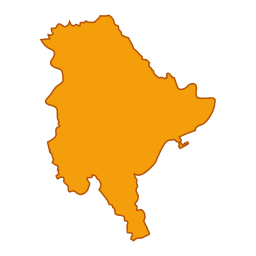 outline of Gia Vien, Ninh Bình, Vietnam
{"feature_id": "81297802B79786453625721", "entity_name": "Gia Vien", "entity_type": "district", "adm_level": 2, "iso_a3": "VNM", "parent_name": "Vietnam", "parent_adm1": "Ninh Bình", "projection": "albers", "projection_center": [105.858, 20.33], "detail": "fine", "context": "isolated", "style": "filled", "palette": "amber", "viewbox_px": 256, "rotation_deg": 0, "n_neighbors": 0, "source": "geoboundaries", "source_scale": "gbopen_adm2", "svg_char_len": 5673}
<svg xmlns="http://www.w3.org/2000/svg" viewBox="0 0 256 256"><path d="M109.3,15.5L108.1,15.4L106.1,16.0L100.0,15.9L99.6,16.9L98.1,18.9L96.2,20.5L95.4,21.4L94.7,21.7L94.6,22.2L91.5,22.5L90.5,22.2L88.0,22.2L86.6,21.3L85.3,21.1L84.8,22.3L84.4,22.5L82.3,22.6L80.7,22.5L80.3,22.9L80.0,25.1L79.8,25.5L79.6,25.8L79.1,25.8L76.5,24.5L75.9,24.6L73.7,25.9L72.7,25.6L71.8,25.2L71.2,24.7L70.7,23.9L69.6,21.6L69.1,23.4L68.3,24.7L66.4,26.3L65.6,26.6L64.3,26.6L63.3,26.2L60.3,24.2L59.8,24.0L58.7,24.0L58.4,24.2L57.7,24.8L57.3,25.3L56.3,27.3L55.4,28.1L54.5,28.3L52.1,28.2L51.5,28.5L51.3,29.1L51.7,30.9L53.0,33.7L52.2,34.7L51.1,35.3L50.3,35.3L49.3,34.8L48.1,34.5L48.1,34.9L48.7,36.3L49.6,38.4L49.7,38.8L40.9,39.6L43.0,42.9L44.5,44.8L45.9,46.1L48.0,47.8L52.7,50.1L53.6,51.0L54.0,51.7L54.3,52.4L54.4,53.2L54.4,54.9L54.1,55.7L53.8,56.6L51.5,60.2L50.8,61.8L50.7,62.3L50.7,63.3L50.9,64.1L51.4,65.1L54.5,67.2L55.7,67.8L59.8,69.2L60.8,69.8L61.3,70.2L61.8,71.0L62.2,72.2L62.8,74.4L62.9,75.4L63.1,80.3L63.0,80.8L62.7,81.4L62.1,82.1L61.0,83.2L56.6,86.5L55.3,87.7L50.7,94.4L46.6,99.1L46.0,100.0L45.7,100.9L45.7,101.9L45.8,102.4L46.1,103.0L46.7,103.6L48.3,104.5L51.4,105.4L53.5,106.1L54.7,106.7L55.7,107.3L56.2,107.8L56.7,108.6L57.2,109.9L57.3,111.0L57.4,117.7L57.9,119.7L58.6,120.9L59.0,121.5L58.7,122.1L58.3,124.0L59.5,125.5L59.7,126.0L59.7,126.4L58.8,126.5L57.0,127.6L56.2,128.9L55.9,129.8L55.9,130.4L55.9,131.8L56.1,134.5L56.0,135.6L54.7,137.6L51.8,139.8L48.4,141.8L47.6,142.1L49.1,149.1L49.4,149.5L50.1,149.8L50.2,150.0L49.5,151.2L49.6,151.9L51.0,153.4L51.7,153.9L52.1,154.4L52.3,156.1L52.6,157.1L53.2,159.1L53.6,159.6L53.5,160.1L52.3,162.5L54.5,164.3L57.2,165.6L58.2,166.5L58.1,167.5L57.5,169.6L57.5,169.9L58.4,170.1L58.7,170.3L58.3,171.7L58.2,172.7L58.4,173.0L58.6,174.4L56.5,175.5L56.2,175.7L56.2,176.1L56.7,177.3L57.5,178.8L58.6,178.4L60.1,177.3L62.0,177.1L62.9,177.3L63.5,177.7L64.0,178.6L64.0,179.9L63.7,181.2L63.8,181.5L64.0,181.9L64.7,182.8L67.2,185.1L68.1,186.2L68.3,186.6L68.3,189.7L68.5,190.5L68.7,191.0L69.2,191.5L69.4,191.7L70.1,191.8L72.7,190.9L73.7,190.9L74.1,191.0L75.4,191.9L77.4,193.4L79.1,194.2L80.1,194.5L80.8,194.5L82.2,194.2L83.6,193.7L84.8,193.0L85.6,192.2L87.1,190.7L87.4,190.3L89.5,185.0L89.6,183.2L87.4,179.7L87.2,178.9L87.1,177.7L90.2,177.6L91.7,177.4L92.1,177.0L92.2,176.7L92.0,175.2L92.4,175.0L95.5,175.8L96.0,176.1L96.3,176.6L96.3,177.6L96.5,177.9L97.1,178.5L97.7,179.2L98.0,179.4L98.8,179.7L99.1,180.0L99.7,181.5L100.6,183.1L100.9,184.0L100.9,185.1L100.6,186.7L100.1,188.0L99.2,189.4L99.1,189.8L100.7,191.6L106.7,199.2L107.4,200.3L109.2,204.5L111.8,204.9L112.3,205.2L112.6,207.1L112.9,207.6L114.1,208.0L115.2,212.2L115.1,213.5L116.8,214.7L117.4,214.9L121.5,215.5L123.4,216.1L124.2,216.8L124.5,217.3L124.4,220.3L124.7,220.6L126.4,220.9L127.1,221.3L127.6,221.9L127.8,222.5L127.8,223.1L127.0,225.6L127.4,232.6L130.7,232.9L131.5,233.1L132.1,233.5L132.4,234.0L132.3,234.9L131.0,238.1L130.9,238.6L131.0,239.1L132.2,239.6L132.6,239.9L132.9,240.3L133.0,240.6L133.8,240.5L134.2,240.1L135.7,238.9L137.5,238.2L139.2,237.9L141.5,238.0L142.1,237.9L143.8,236.9L148.8,234.5L149.4,233.9L149.4,233.5L149.3,232.7L147.7,230.0L147.2,228.1L145.2,224.3L143.8,220.8L143.8,220.4L144.8,218.5L145.0,217.5L144.9,216.1L144.6,214.0L144.1,212.7L143.1,211.2L142.1,210.1L141.6,209.8L141.1,209.7L138.5,210.0L137.0,210.4L136.5,210.0L136.5,209.5L137.0,207.3L136.9,206.5L136.7,205.8L135.9,205.3L135.1,204.3L135.2,203.2L136.9,201.2L137.6,199.8L138.0,198.3L138.2,196.7L138.2,195.9L137.9,195.0L136.7,192.7L136.1,190.7L136.1,189.9L136.3,188.8L137.3,187.0L137.5,186.3L137.5,185.7L137.3,185.0L136.7,183.8L136.5,182.8L136.8,179.8L136.3,178.8L135.2,177.4L134.9,176.7L134.4,174.5L134.4,173.9L136.3,174.8L137.2,175.1L139.0,175.1L141.5,174.5L144.0,173.3L145.9,171.9L148.3,169.9L150.5,167.9L152.9,165.5L155.5,162.2L157.1,158.3L161.2,149.4L164.0,144.6L165.7,142.3L168.0,140.6L169.2,140.2L174.6,139.6L175.4,140.5L176.9,141.7L178.4,142.3L179.5,144.5L178.6,146.1L180.1,148.4L187.7,144.3L187.6,143.7L188.3,143.4L187.5,141.9L185.2,143.6L184.8,143.1L184.2,143.5L184.3,144.2L182.8,145.3L180.0,141.7L181.1,140.9L181.3,140.4L181.1,139.9L179.2,137.1L181.5,135.9L183.4,135.0L191.3,131.8L193.0,131.4L195.4,130.2L195.2,129.2L196.5,127.2L197.5,126.5L198.8,125.7L203.1,124.0L205.4,122.0L206.7,120.8L209.3,117.4L210.4,115.6L212.5,111.7L213.8,108.2L214.4,106.0L215.1,100.5L215.1,100.0L214.9,99.5L214.1,98.6L213.5,98.2L212.6,98.0L209.8,97.9L205.3,98.3L200.4,98.3L199.2,98.0L198.0,97.7L197.3,97.2L196.7,96.7L196.3,95.7L196.1,94.7L196.0,93.8L196.0,92.4L196.5,88.6L196.4,86.9L196.2,86.1L195.3,84.6L193.7,83.6L192.0,83.7L191.2,83.9L189.4,84.6L188.7,85.1L186.5,87.2L185.1,88.2L183.9,88.8L182.9,89.2L181.4,89.4L180.4,89.4L179.5,89.2L178.8,88.9L178.0,88.1L177.4,87.0L176.4,84.2L174.5,78.5L174.2,77.7L173.9,77.6L172.4,77.8L172.1,77.6L172.0,76.8L169.9,74.6L169.5,74.0L168.4,73.3L167.7,73.2L167.1,73.5L166.6,74.5L166.7,75.3L167.4,76.5L167.1,77.1L166.7,77.8L166.1,77.7L165.8,77.8L165.8,78.5L165.0,78.5L164.0,78.4L161.9,77.4L160.4,77.4L159.0,77.9L158.3,77.6L157.7,76.9L156.1,75.7L154.9,74.5L153.8,73.0L153.7,72.4L153.7,71.6L153.5,70.9L152.0,70.0L151.7,68.9L151.5,68.6L150.6,67.6L149.6,66.9L149.1,66.3L148.9,65.4L149.5,62.9L147.5,60.6L146.4,59.9L145.6,59.6L143.0,59.5L142.5,59.3L142.3,59.0L142.2,57.6L141.7,56.4L141.0,55.7L138.5,53.3L136.8,51.2L134.5,49.4L133.9,48.8L133.2,47.8L132.6,45.5L131.6,43.7L129.5,40.2L129.0,38.6L128.8,38.3L128.2,37.8L127.7,37.5L125.9,37.0L122.8,35.7L121.8,34.9L121.7,34.5L121.3,32.8L121.1,32.2L120.5,31.4L119.1,29.8L118.6,29.1L118.5,27.0L118.1,25.9L117.7,25.7L115.7,25.1L115.4,24.9L115.0,24.4L114.3,22.9L114.0,21.7L113.3,19.8L112.2,18.1L111.6,17.4L109.3,15.5Z" fill="#f59e0b" stroke="#b45309" stroke-width="1.5"/></svg>